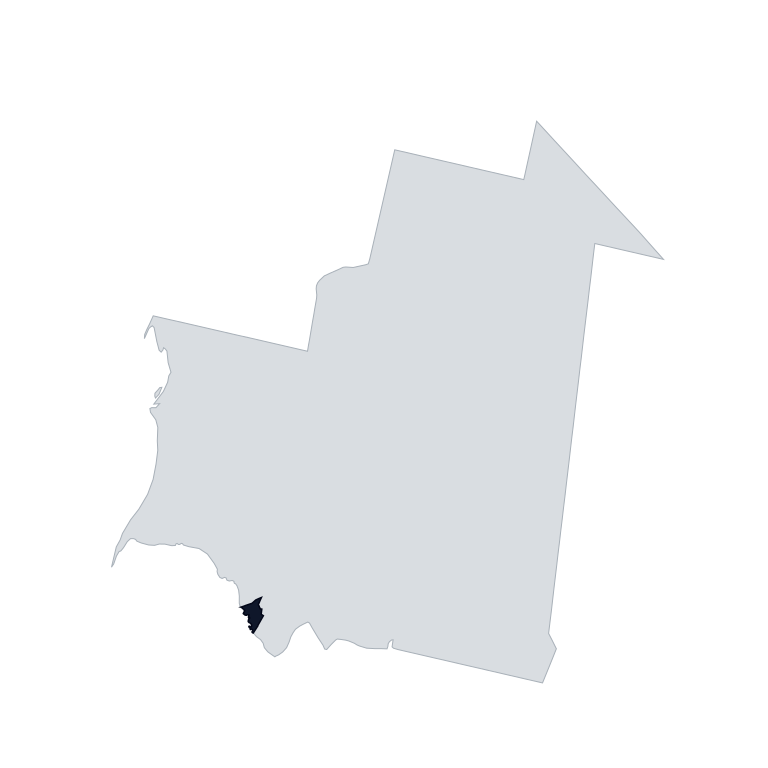 location of Maghama, Gorgol, Mauritania, rotated 13°
{"feature_id": "47542326B54868139713795", "entity_name": "Maghama", "entity_type": "district", "adm_level": 2, "iso_a3": "MRT", "parent_name": "Mauritania", "parent_adm1": "Gorgol", "projection": "robinson", "projection_center": [-12.922, 15.535], "detail": "fine", "context": "in_parent", "style": "filled", "palette": "ink", "viewbox_px": 768, "rotation_deg": 13, "n_neighbors": 0, "source": "geoboundaries", "source_scale": "gbopen_adm2", "svg_char_len": 5631}
<svg xmlns="http://www.w3.org/2000/svg" viewBox="0 0 768 768"><g transform="rotate(13 384 384)"><path d="M331.9,671.5L331.0,671.1L326.7,667.8L324.6,663.8L321.2,660.8L316.5,658.8L313.4,656.5L312.0,654.0L310.3,652.3L308.4,651.4L308.3,650.5L308.7,649.2L308.3,646.8L305.5,641.6L302.9,639.2L300.7,639.6L299.5,639.0L298.8,637.8L298.5,636.1L297.0,634.7L294.4,634.0L292.3,630.2L290.7,623.1L288.7,617.5L286.1,613.6L284.4,612.1L283.0,611.8L282.6,611.2L282.2,610.0L280.3,609.6L277.5,610.8L275.0,610.4L273.8,608.5L272.1,608.3L270.0,609.9L267.6,609.4L265.0,606.9L263.6,604.4L263.3,601.9L258.8,596.9L250.2,589.4L240.8,585.9L230.5,586.4L224.8,586.0L223.6,584.9L222.3,584.9L221.0,586.3L219.7,586.6L218.3,585.9L217.4,586.4L217.0,588.3L213.4,589.3L206.6,589.3L201.0,590.5L196.8,592.8L190.9,593.8L183.1,593.5L178.5,592.7L176.9,591.3L174.7,591.0L171.8,591.7L169.3,595.4L167.0,602.1L165.1,605.9L163.6,606.8L162.0,611.8L161.1,620.1L159.7,623.8L159.8,603.0L162.0,595.3L162.8,588.4L167.6,573.4L173.3,561.1L178.5,544.7L180.5,528.9L179.9,513.3L178.5,499.5L175.9,490.4L173.4,477.2L169.7,470.2L162.9,464.2L161.4,460.6L163.0,459.3L167.1,458.4L169.8,453.6L164.2,455.4L170.7,440.9L172.8,431.0L172.5,424.5L173.8,420.5L168.9,411.8L165.1,400.8L163.1,399.1L161.1,398.2L160.9,400.7L159.7,403.1L157.3,401.7L153.1,393.7L147.3,380.7L145.2,379.4L143.5,381.2L142.4,382.9L140.3,393.7L139.7,389.4L140.6,384.4L142.1,378.1L143.8,369.5L149.0,369.5L158.2,369.5L176.5,369.4L185.7,369.4L204.1,369.4L213.3,369.4L231.7,369.4L240.9,369.3L259.3,369.3L268.5,369.3L286.8,369.3L296.0,369.3L302.1,369.3L301.7,363.1L301.5,358.2L301.1,351.7L300.7,345.1L300.3,338.6L300.0,332.5L299.6,326.3L299.3,320.7L299.0,315.4L298.5,312.4L296.5,306.5L296.1,303.5L296.6,300.4L297.9,297.5L301.5,292.1L306.9,287.9L313.2,283.2L317.9,279.5L320.4,278.6L327.8,277.4L333.7,274.6L339.4,271.9L341.7,270.4L342.0,265.4L341.8,153.4L370.0,153.4L377.4,153.4L429.1,153.4L436.5,153.4L474.2,153.4L474.2,148.1L474.1,140.5L474.0,130.1L473.9,119.7L473.7,101.3L473.6,93.6L481.1,98.7L496.1,109.0L503.6,114.1L518.6,124.3L533.6,134.6L548.7,144.8L556.2,149.9L563.8,155.1L571.3,160.2L578.9,165.3L594.0,175.5L600.3,179.8L610.1,186.8L619.1,193.2L628.3,199.7L614.3,199.7L595.7,199.7L583.0,199.7L570.0,199.7L557.8,199.7L558.9,210.3L560.2,221.8L561.5,233.3L562.7,244.8L564.0,256.3L567.7,290.9L569.0,302.4L570.3,313.9L571.5,325.4L572.8,336.9L575.3,360.0L576.6,371.5L577.9,383.0L579.1,394.5L580.4,406.1L581.7,417.6L584.2,440.6L585.5,452.1L586.7,463.6L588.0,475.2L589.2,486.7L590.5,498.2L591.7,509.7L593.0,521.2L595.5,544.3L596.8,555.8L598.1,567.3L599.3,578.8L600.5,590.0L605.4,595.8L611.5,603.2L609.9,613.6L607.9,626.1L605.7,639.6L588.9,639.6L572.4,639.6L531.2,639.6L522.9,639.6L481.6,639.6L473.4,639.6L457.4,639.6L452.7,639.3L451.0,638.3L450.4,631.2L449.0,631.7L447.3,633.8L446.5,636.0L446.8,638.9L446.5,641.4L441.2,642.4L434.1,644.0L426.5,645.3L418.9,644.8L416.3,644.3L413.5,643.3L407.5,642.3L404.2,642.2L400.4,642.5L395.9,643.0L394.5,644.3L391.2,649.6L387.9,655.6L385.8,655.6L383.4,652.3L376.8,646.0L368.9,637.8L365.2,633.7L363.3,633.1L359.5,636.1L356.3,638.9L352.9,642.9L351.4,646.7L350.1,651.3L349.6,656.6L348.4,662.8L345.6,667.9L342.3,671.6L339.9,673.4L339.0,674.4L331.9,671.5ZM167.1,444.6L164.5,449.1L163.4,447.4L162.9,444.5L165.3,440.2L166.3,438.0L168.3,437.2L167.1,444.6Z" fill="#d9dde1" stroke="#a8b0b8" stroke-width="1"/><path d="M294.8,633.6L295.3,633.6L295.6,633.7L295.9,633.9L296.1,634.0L296.3,634.2L296.5,634.4L296.7,634.5L296.8,634.6L297.1,634.7L297.6,634.8L298.0,635.0L298.5,635.3L299.0,635.5L299.2,635.9L299.1,636.0L298.9,636.1L299.0,636.3L299.2,636.6L299.2,636.8L299.3,637.0L299.2,637.3L299.1,637.5L298.8,638.0L298.7,638.3L298.6,638.8L298.6,639.0L298.5,639.3L298.8,639.6L299.0,639.7L299.3,639.7L299.6,639.8L299.8,640.0L300.0,640.1L300.3,640.3L300.6,640.4L300.8,640.4L301.1,640.4L301.3,640.4L301.5,640.3L302.0,640.3L302.2,640.2L302.3,640.0L302.4,639.8L302.6,639.6L302.8,639.5L303.0,639.5L303.5,639.4L303.7,639.5L303.9,639.4L304.1,639.3L304.4,639.3L304.4,639.5L304.3,639.9L304.3,640.1L304.4,640.3L304.4,640.6L304.4,640.8L304.4,641.1L304.4,641.3L304.3,641.5L304.4,641.8L304.5,642.0L304.9,642.0L305.1,642.0L305.3,642.0L305.4,641.9L305.6,642.0L305.8,642.1L305.8,642.4L305.7,642.5L305.4,642.8L305.1,643.1L305.0,643.5L305.0,644.0L305.0,644.3L305.0,644.8L305.0,645.1L305.0,645.5L305.1,645.9L305.2,646.1L305.5,646.4L305.7,646.5L305.9,646.6L306.2,646.7L306.4,646.9L306.5,646.9L306.8,646.9L307.2,647.0L307.5,647.1L307.8,647.2L308.0,647.4L308.4,647.7L308.7,647.8L308.9,648.0L309.0,648.2L309.1,648.3L309.2,648.6L309.3,648.9L309.4,649.1L309.5,649.4L309.5,649.7L309.4,650.1L309.3,650.4L309.1,650.5L308.9,650.8L308.7,650.9L308.4,650.8L308.1,650.6L307.9,650.4L307.5,650.2L307.4,650.2L307.2,650.3L306.9,650.5L306.9,650.8L307.0,650.9L307.3,651.4L307.5,651.6L307.8,651.6L308.0,651.8L308.3,652.0L308.5,652.3L308.6,652.5L308.8,652.9L308.8,653.1L309.0,653.3L309.3,653.2L309.5,653.0L309.8,652.8L309.9,652.7L310.0,652.6L310.4,652.6L310.6,652.6L311.0,652.8L311.3,653.1L311.4,653.4L311.5,653.6L311.5,653.9L311.4,654.2L311.3,654.3L311.2,654.7L311.2,655.0L311.2,655.4L311.4,655.6L311.5,655.7L311.7,655.8L311.9,655.9L312.4,656.1L312.6,656.1L314.6,650.6L315.0,649.4L315.4,648.5L315.5,647.3L316.7,643.3L316.9,642.6L318.6,636.9L316.2,636.0L316.1,635.7L315.6,630.8L313.8,630.9L313.6,630.7L313.6,630.3L313.5,630.2L312.8,629.4L312.4,628.7L312.2,628.7L312.0,628.4L312.0,628.2L311.7,627.9L311.3,627.5L311.2,627.0L311.2,626.8L311.4,625.9L311.5,625.6L311.6,625.1L311.7,624.4L311.9,623.0L312.6,619.6L310.3,621.2L307.6,623.3L304.8,627.3L301.9,629.1L299.0,630.9L298.3,631.4L298.2,631.5L294.8,633.6Z" fill="#0f172a" stroke="#020617" stroke-width="1.5"/></g></svg>